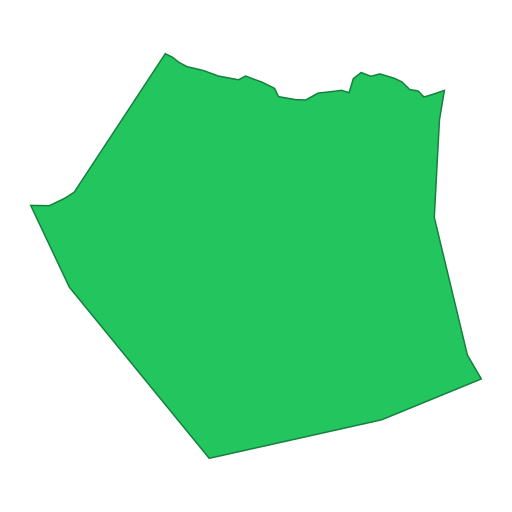 São Paulo do Potengi, Rio Grande do Norte, Brazil
{"feature_id": "56859067B7948406347889", "entity_name": "São Paulo do Potengi", "entity_type": "district", "adm_level": 2, "iso_a3": "BRA", "parent_name": "Brazil", "parent_adm1": "Rio Grande do Norte", "projection": "albers", "projection_center": [-35.745, -5.935], "detail": "fine", "context": "isolated", "style": "filled", "palette": "green", "viewbox_px": 512, "rotation_deg": 0, "n_neighbors": 0, "source": "geoboundaries", "source_scale": "gbopen_adm2", "svg_char_len": 602}
<svg xmlns="http://www.w3.org/2000/svg" viewBox="0 0 512 512"><path d="M69.4,287.3L209.2,458.3L381.6,419.8L481.3,378.9L467.4,355.1L434.3,217.4L437.0,165.9L439.5,119.6L444.4,90.4L433.3,94.2L424.0,97.0L418.2,91.0L409.7,89.5L401.8,81.8L394.4,78.3L379.8,73.9L370.9,76.3L361.2,72.5L353.3,78.7L349.1,92.7L341.4,90.3L332.5,91.5L318.1,93.1L305.7,100.0L296.1,99.7L278.5,96.6L274.6,88.4L261.9,82.1L253.3,79.0L245.6,76.0L238.5,79.8L218.4,76.0L203.3,70.5L186.9,66.6L178.8,62.3L172.6,57.3L165.3,53.7L74.2,192.2L65.2,198.0L49.3,205.7L30.7,205.4L69.4,287.3Z" fill="#22c55e" stroke="#15803d" stroke-width="1.5"/></svg>